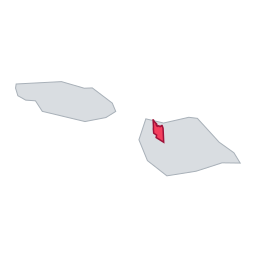 location of Palauli East, Palauli, Samoa, rotated 177°
{"feature_id": "51752279B87683289177764", "entity_name": "Palauli East", "entity_type": "district", "adm_level": 2, "iso_a3": "WSM", "parent_name": "Samoa", "parent_adm1": "Palauli", "projection": "orthographic", "projection_center": [-172.295, -13.729], "detail": "fine", "context": "in_parent", "style": "filled", "palette": "rose", "viewbox_px": 256, "rotation_deg": 177, "n_neighbors": 0, "source": "geoboundaries", "source_scale": "gbopen_adm2", "svg_char_len": 1568}
<svg xmlns="http://www.w3.org/2000/svg" viewBox="0 0 256 256"><g transform="rotate(177 128 128)"><path d="M91.7,78.2L110.3,94.4L117.7,115.7L109.7,136.2L92.2,131.1L66.7,135.5L58.2,134.0L37.7,109.0L23.5,97.7L17.8,87.1L35.9,88.3L62.2,81.3L91.7,78.2ZM237.4,177.8L192.0,177.8L169.6,170.0L161.6,169.9L142.4,153.7L139.4,145.2L149.5,139.6L170.6,136.7L212.7,149.1L219.0,160.0L228.7,161.2L236.3,166.0L238.2,173.7L237.4,177.8Z" fill="#d9dde1" stroke="#a8b0b8" stroke-width="1"/><path d="M93.1,111.9L93.0,125.7L93.3,127.2L93.6,127.7L93.7,128.0L93.8,128.0L93.8,128.3L93.8,128.6L94.1,128.6L94.3,128.6L94.5,128.5L94.5,128.4L94.8,128.3L94.8,128.1L94.9,128.3L95.0,128.2L95.3,128.1L95.5,127.9L95.7,127.7L95.8,127.7L95.8,127.8L96.0,127.9L96.1,128.0L96.4,128.1L96.5,128.2L96.7,128.3L96.8,128.3L97.0,128.3L97.1,128.5L97.3,128.6L97.5,128.5L97.8,128.5L97.9,128.4L98.0,128.3L98.1,128.5L98.3,128.6L98.5,128.5L98.5,128.4L98.8,128.3L99.0,128.4L99.0,128.5L98.9,128.7L98.9,128.8L99.0,128.9L99.0,129.0L99.1,129.3L99.2,129.2L99.3,129.3L99.5,129.3L99.6,129.5L99.6,129.8L99.7,130.0L99.6,130.3L99.4,130.4L99.2,130.4L99.3,130.7L99.5,130.7L99.5,130.8L99.8,130.9L99.9,131.0L100.0,131.4L100.0,131.5L100.2,131.8L100.3,131.9L100.5,132.0L100.8,132.1L101.0,132.6L101.2,132.8L101.3,133.0L101.7,133.4L101.8,133.6L101.9,133.9L101.9,134.1L102.0,134.4L102.1,134.5L102.3,134.7L102.4,134.8L102.5,134.8L102.5,128.6L102.6,127.0L102.6,126.4L102.8,125.7L102.7,125.2L102.7,124.8L102.6,121.5L99.8,119.4L100.4,117.0L97.4,114.9L96.4,114.2L95.7,113.7L93.1,111.9Z" fill="#f43f5e" stroke="#9f1239" stroke-width="1.5"/></g></svg>